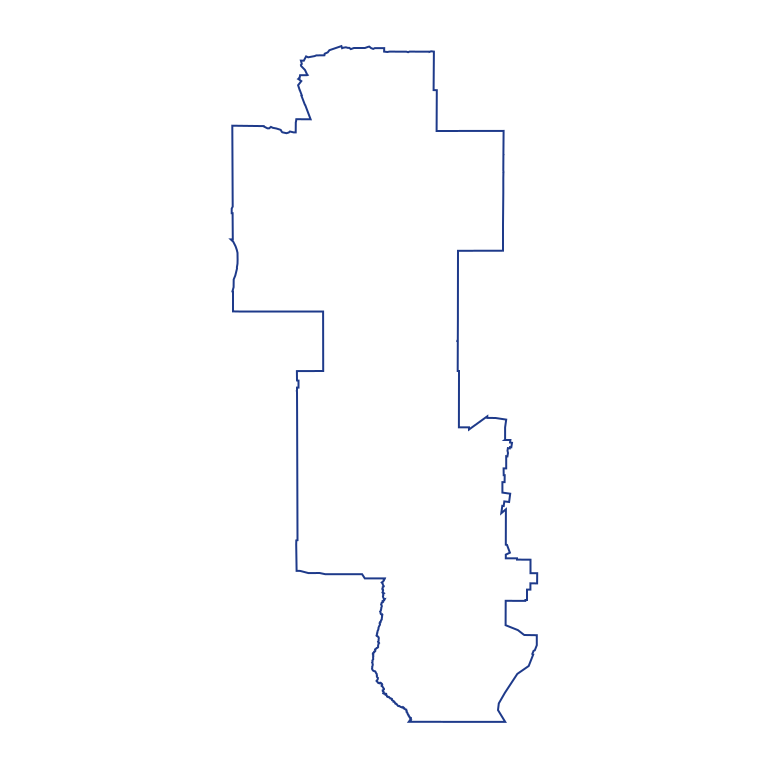 Yarriambiack, Victoria, Australia
{"feature_id": "25037944B93002214322562", "entity_name": "Yarriambiack", "entity_type": "district", "adm_level": 2, "iso_a3": "AUS", "parent_name": "Australia", "parent_adm1": "Victoria", "projection": "albers", "projection_center": [142.438, -36.026], "detail": "fine", "context": "isolated", "style": "outline", "palette": "blue", "viewbox_px": 768, "rotation_deg": 0, "n_neighbors": 0, "source": "geoboundaries", "source_scale": "gbopen_adm2", "svg_char_len": 5985}
<svg xmlns="http://www.w3.org/2000/svg" viewBox="0 0 768 768"><path d="M433.9,51.6L431.1,51.3L429.7,51.8L429.7,51.7L426.7,51.7L409.5,51.6L408.1,52.2L406.5,51.7L389.6,51.6L387.3,52.0L384.1,51.6L384.2,48.1L374.9,48.1L373.2,48.9L371.1,48.1L369.3,46.6L368.3,46.8L364.9,48.0L353.9,48.0L350.8,49.1L349.4,47.9L347.9,47.9L345.9,47.3L343.4,47.7L342.1,48.2L341.4,46.1L329.4,50.2L327.7,52.4L324.7,53.7L324.4,55.3L316.3,55.4L314.6,56.1L308.2,57.3L306.1,56.4L303.8,60.7L300.9,60.6L301.8,63.9L300.9,65.0L301.2,66.1L305.0,70.0L306.9,74.1L307.6,75.0L307.0,75.2L300.1,75.2L299.6,78.0L299.2,77.9L298.7,78.7L298.3,79.0L299.1,79.5L301.3,81.1L298.1,85.2L299.7,90.1L299.8,90.1L301.8,95.4L301.4,95.6L304.9,104.8L305.2,105.0L310.6,119.3L296.3,119.2L296.0,121.7L295.8,122.2L295.7,132.4L293.7,132.4L289.9,131.5L288.8,132.5L286.5,133.2L282.4,132.3L281.8,131.8L280.7,129.9L279.9,129.6L276.4,128.5L272.8,127.8L270.9,126.9L269.2,128.3L267.4,128.3L263.7,126.4L263.7,126.1L232.3,125.7L232.7,206.6L231.7,208.6L231.7,213.2L232.6,213.2L232.8,239.4L230.8,239.4L233.3,241.8L235.6,246.4L236.8,249.9L237.5,252.8L237.6,259.8L237.5,263.7L236.9,267.3L237.0,268.5L235.3,275.5L233.7,279.4L233.6,287.2L232.4,291.5L232.5,291.7L233.0,291.7L233.0,311.4L238.7,311.5L323.1,311.5L323.2,371.0L296.9,371.1L297.0,380.4L297.1,380.6L298.5,380.6L298.5,387.6L297.0,387.6L297.0,390.3L296.8,390.6L296.8,391.1L297.0,391.6L297.1,412.8L297.5,540.2L296.3,540.4L296.2,544.6L296.6,570.9L299.6,570.9L300.5,571.0L308.5,573.1L319.6,573.0L325.3,574.2L362.1,574.2L364.8,578.4L384.9,578.4L384.8,578.7L384.4,579.2L383.7,579.6L383.7,580.0L383.9,580.4L383.7,580.7L383.5,580.8L383.2,581.4L381.7,582.5L382.2,583.1L382.6,583.4L382.7,584.0L382.9,584.8L383.8,586.2L383.7,586.5L382.7,587.1L382.7,588.1L382.3,588.8L382.4,589.3L382.5,589.6L383.0,589.7L383.1,590.4L382.8,591.8L382.5,592.5L383.1,592.8L383.4,593.1L383.7,593.1L384.0,593.3L383.1,594.1L383.3,595.3L382.9,596.1L383.0,596.4L383.0,596.9L383.6,598.2L383.8,598.9L384.3,599.3L384.7,599.2L384.1,600.4L383.5,600.5L383.1,600.9L382.6,601.0L382.6,601.3L383.0,601.6L383.1,601.9L382.7,602.3L381.8,602.6L381.5,603.1L381.5,603.8L381.1,604.4L381.1,604.6L381.4,604.8L381.8,605.9L381.8,606.5L381.2,607.9L381.3,608.8L380.9,609.7L380.9,610.5L380.1,611.6L380.6,612.5L380.6,613.6L381.0,614.2L381.6,614.5L382.2,614.3L382.4,614.6L382.4,614.9L382.0,615.5L382.0,616.1L382.1,616.7L381.8,618.1L381.8,619.2L381.6,619.8L381.0,620.3L380.7,621.9L380.1,622.1L380.2,622.8L379.6,623.2L380.0,624.6L379.7,625.2L379.1,626.2L378.5,627.7L378.5,628.7L378.3,629.1L378.3,629.6L377.5,631.2L377.5,632.0L377.1,633.0L377.2,633.6L376.9,634.0L376.9,634.8L376.5,635.6L376.7,635.9L377.6,636.2L377.7,636.6L378.5,637.1L378.7,637.6L378.8,638.3L378.6,639.5L378.6,640.5L378.5,641.1L378.0,641.7L378.1,642.0L378.9,642.6L379.1,643.0L378.5,643.6L378.4,644.6L378.1,645.2L378.1,647.1L377.8,647.3L377.5,647.8L376.6,648.0L376.0,648.8L375.1,649.3L375.0,649.6L375.3,650.5L375.3,651.0L374.8,651.5L374.2,651.6L374.0,651.9L374.1,652.5L373.9,652.7L373.1,653.0L372.8,653.7L372.8,654.1L373.3,654.6L373.3,655.2L373.0,655.9L373.3,656.3L373.3,656.6L373.1,657.3L373.2,659.3L372.4,660.4L372.6,661.2L372.1,662.5L372.6,663.1L372.5,663.8L372.8,664.7L372.4,666.3L372.1,666.9L372.3,667.8L372.0,668.8L372.8,670.3L373.2,670.7L374.3,671.2L374.9,671.2L375.4,671.6L376.0,673.0L376.7,673.9L376.8,675.0L377.0,675.4L376.8,675.9L376.9,676.6L377.1,677.1L377.9,677.9L377.8,679.0L377.5,679.7L376.5,680.9L376.6,681.2L377.4,681.8L377.6,682.2L378.3,683.0L378.9,682.9L379.3,683.3L379.5,683.3L380.0,682.8L380.5,682.7L380.9,682.9L381.1,683.3L381.8,683.7L381.6,684.3L382.2,684.9L381.6,685.7L381.6,686.0L382.4,686.5L383.4,687.9L383.5,688.5L384.0,688.9L384.0,689.1L383.5,689.3L383.3,690.2L382.7,690.4L382.8,691.2L383.6,691.8L383.7,692.1L383.2,693.3L384.0,693.7L384.7,693.5L385.1,694.2L385.4,693.9L386.2,693.9L386.3,694.3L385.9,694.7L386.0,695.0L386.8,695.7L387.0,696.0L387.0,696.5L387.8,697.0L388.7,696.8L389.1,697.1L389.3,697.6L389.9,697.9L390.2,698.4L390.8,698.4L390.9,698.6L391.0,698.6L391.9,698.9L392.0,700.1L392.4,700.4L392.6,700.4L393.2,700.9L393.6,701.0L393.8,701.4L393.7,701.8L394.4,701.9L394.9,702.5L395.2,703.4L395.4,703.7L395.7,703.7L395.9,703.6L396.4,703.8L396.4,704.2L396.6,704.4L397.3,704.9L397.9,705.8L398.5,706.1L399.4,706.0L400.5,706.9L401.8,707.2L401.9,707.4L402.4,707.4L402.9,707.0L403.4,707.4L403.0,707.7L403.5,708.3L404.2,708.6L404.5,708.6L404.6,708.9L405.2,709.2L405.5,709.5L406.2,709.6L406.2,710.0L406.6,710.5L406.5,710.9L406.6,711.1L406.5,711.8L407.0,712.1L407.2,712.9L407.6,713.2L407.8,714.3L408.4,714.8L408.4,715.3L408.7,715.5L408.7,715.9L409.1,716.2L409.2,716.7L409.5,716.8L409.8,717.5L410.2,718.0L410.5,718.0L410.7,717.8L410.9,717.9L410.9,718.5L410.6,718.7L410.6,718.9L410.8,719.1L410.4,719.3L410.8,719.7L410.9,720.5L410.6,720.6L410.5,720.8L410.0,720.8L409.8,721.0L409.4,721.0L408.8,721.8L505.2,721.9L498.0,710.1L498.8,703.4L504.9,692.8L517.3,673.9L528.7,666.0L533.1,654.8L532.9,654.8L532.3,654.0L533.6,650.8L534.8,650.3L536.8,645.2L536.8,635.2L524.4,635.0L523.8,634.7L517.9,630.1L505.6,625.2L505.7,600.8L525.3,600.9L525.4,600.0L527.0,600.0L527.0,589.6L530.4,589.6L530.4,583.3L537.1,583.4L537.2,573.2L530.5,573.2L530.5,559.7L517.0,559.6L517.0,558.3L505.8,558.3L505.8,554.6L509.9,552.7L507.0,544.9L505.8,544.7L505.9,509.3L501.3,513.2L502.3,505.8L503.7,506.0L504.3,501.4L509.1,502.0L510.2,493.7L502.4,492.6L502.4,482.1L504.6,482.1L504.7,475.2L503.7,475.2L503.6,468.4L506.2,468.4L506.2,456.2L507.4,456.4L508.0,453.0L507.5,450.7L507.9,448.1L509.8,448.4L510.0,447.1L511.3,447.3L512.0,442.8L510.0,442.5L510.4,440.0L504.7,440.0L505.1,439.7L505.1,427.4L506.2,419.6L495.6,418.0L487.3,417.9L487.3,416.3L469.0,429.5L469.0,427.3L458.9,427.3L459.0,371.0L457.7,371.0L457.8,342.0L457.4,341.2L456.5,340.7L457.8,340.8L457.9,318.4L457.9,311.2L458.0,250.8L503.0,250.7L503.0,225.0L503.3,193.0L503.3,177.9L503.4,173.3L503.3,172.4L503.5,172.2L503.3,170.2L503.4,155.0L503.6,154.7L503.4,154.2L503.6,130.9L436.6,131.0L436.8,90.2L433.6,90.1L433.9,51.6Z" fill="none" stroke="#1e3a8a" stroke-width="2"/></svg>